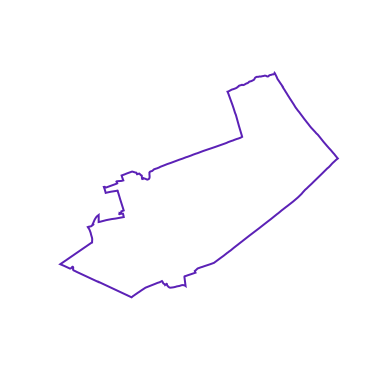 Valcele, Olt, Romania (Equal Earth projection), rotated 340°
{"feature_id": "2599482B83883169755086", "entity_name": "Valcele", "entity_type": "district", "adm_level": 2, "iso_a3": "ROU", "parent_name": "Romania", "parent_adm1": "Olt", "projection": "equal_earth", "projection_center": [24.572, 44.303], "detail": "fine", "context": "isolated", "style": "outline", "palette": "violet", "viewbox_px": 384, "rotation_deg": 340, "n_neighbors": 0, "source": "geoboundaries", "source_scale": "gbopen_adm2", "svg_char_len": 5821}
<svg xmlns="http://www.w3.org/2000/svg" viewBox="0 0 384 384"><g transform="rotate(340 192 192)"><path d="M269.5,240.1L275.1,238.3L276.8,237.8L280.5,236.6L283.6,235.6L289.5,233.4L291.1,232.7L294.4,231.2L295.9,230.3L297.8,229.3L299.1,228.6L301.0,227.9L303.4,226.8L307.2,225.2L310.0,223.9L310.9,223.5L319.6,219.6L322.0,218.5L323.7,217.7L325.9,216.7L326.9,216.2L328.9,215.5L330.2,214.9L331.9,214.0L333.4,213.2L334.5,212.7L336.7,211.8L338.0,211.2L340.5,210.4L340.1,209.4L339.1,206.5L338.6,204.9L338.2,204.0L337.9,203.2L337.6,202.4L337.0,200.7L336.6,199.7L335.5,197.1L335.1,196.0L334.8,195.3L332.7,189.7L330.6,183.4L329.8,181.1L329.2,180.0L329.0,179.6L328.8,179.2L328.3,177.8L327.7,176.4L326.4,173.3L326.0,172.4L325.4,170.7L325.1,169.8L324.5,167.8L324.0,166.4L322.3,161.2L322.0,160.1L320.4,154.8L320.1,153.7L319.4,151.8L319.0,150.5L318.5,148.7L318.4,148.6L318.1,147.3L317.6,144.7L317.0,142.1L316.6,140.3L315.9,137.4L315.5,135.3L315.3,134.7L315.0,133.1L314.7,131.6L314.5,130.7L314.3,129.9L313.9,127.8L313.3,125.4L313.1,124.1L313.3,124.1L313.0,122.8L312.1,119.4L311.9,118.5L311.6,117.3L311.2,115.8L311.0,115.0L310.9,112.7L310.6,110.2L310.5,108.9L310.3,108.4L310.0,108.8L309.7,109.1L309.1,109.3L308.9,109.3L308.7,109.3L308.2,109.1L307.9,109.0L306.4,109.0L305.4,108.8L305.2,108.8L304.3,108.9L303.8,109.1L303.6,109.3L303.4,109.4L302.9,109.4L302.3,109.2L301.9,108.9L301.7,108.6L301.4,108.3L301.2,108.1L300.9,107.9L300.0,107.5L299.1,107.5L298.1,107.3L296.9,107.1L296.6,107.1L296.2,107.1L295.4,106.7L294.7,106.5L294.0,106.5L293.6,106.4L292.7,106.1L292.0,105.9L291.4,106.0L290.9,106.1L290.5,106.2L289.9,106.6L289.3,107.2L288.9,107.5L288.3,107.8L288.0,107.8L286.5,108.0L285.7,108.1L285.0,108.0L284.4,108.0L283.8,107.9L283.5,107.9L283.1,108.1L282.5,108.4L282.1,108.5L281.5,108.7L281.1,108.7L280.6,108.6L279.7,108.7L278.2,109.0L277.1,109.1L276.6,109.0L276.3,108.9L276.1,108.7L275.8,108.4L275.5,108.3L275.2,108.4L272.9,108.2L272.2,108.3L271.8,108.7L271.7,108.8L271.1,108.8L270.7,108.9L270.1,109.2L269.8,109.3L269.4,109.4L268.0,109.5L267.0,109.5L265.9,109.5L265.0,109.4L264.4,109.4L264.1,109.4L263.1,109.6L262.2,109.7L260.5,110.0L259.7,109.9L259.8,111.9L259.8,117.2L259.8,120.6L259.8,124.4L259.7,128.1L259.6,130.4L259.5,132.2L259.6,134.6L258.7,146.0L258.1,156.1L258.0,157.3L257.5,157.4L256.7,157.5L255.9,157.6L253.8,157.6L252.2,157.5L249.6,157.5L247.9,157.6L246.7,157.5L242.9,157.5L242.3,157.6L240.6,157.7L229.2,157.6L224.4,157.5L221.1,157.4L216.5,157.3L210.5,157.4L208.4,157.3L205.6,157.3L203.9,157.4L201.6,157.4L199.7,157.4L198.3,157.3L194.5,157.4L191.2,157.3L182.2,157.4L178.3,157.3L175.5,157.4L170.6,157.5L170.4,157.6L169.7,157.7L167.3,157.8L165.4,157.7L164.3,157.7L164.0,157.7L162.9,158.2L162.6,158.3L161.8,158.6L161.2,158.6L160.6,158.5L159.5,158.6L159.0,158.9L158.7,159.1L158.5,159.4L158.4,159.9L158.2,160.5L157.9,161.2L157.8,161.8L157.5,162.8L157.3,163.3L156.9,164.2L156.5,164.5L155.9,165.0L155.7,165.1L154.3,165.1L154.1,165.0L153.8,164.7L152.4,163.4L151.7,162.9L151.2,162.4L150.9,162.6L150.7,162.5L150.4,162.7L150.3,162.8L150.2,162.7L150.0,162.8L149.9,162.8L149.7,162.8L149.6,162.5L150.3,159.6L150.4,159.4L150.3,159.2L150.2,159.1L149.7,158.7L149.5,158.3L149.5,158.1L149.1,157.3L148.9,156.9L148.7,156.6L147.2,156.6L146.9,156.6L146.7,156.6L146.4,156.5L146.4,156.1L146.4,155.2L146.3,154.9L146.2,154.9L142.9,152.4L142.6,152.3L141.6,152.3L136.9,152.3L134.9,152.4L131.5,152.4L131.4,155.0L131.4,157.6L129.9,157.5L129.3,157.4L128.2,157.1L126.5,156.6L124.9,156.2L124.6,156.3L124.7,158.1L124.7,158.3L124.2,158.4L114.3,158.4L113.1,158.4L112.6,158.3L112.4,158.2L112.2,158.1L111.9,157.4L111.5,157.2L110.9,157.1L110.9,159.1L110.8,161.0L110.6,163.3L112.4,163.5L115.9,164.0L121.5,165.1L121.9,165.1L122.3,165.1L122.5,165.2L122.6,165.3L122.5,165.7L122.5,166.0L122.4,166.8L122.4,168.1L122.3,169.6L122.0,174.6L121.9,177.0L121.7,181.9L121.5,186.0L119.3,186.0L119.0,186.0L118.7,186.6L118.5,186.9L118.2,187.1L117.6,187.1L116.8,187.1L116.7,187.0L116.5,187.4L116.1,187.8L116.2,188.0L117.7,188.1L118.7,188.4L119.7,188.8L119.6,190.2L119.5,190.9L119.3,192.2L111.0,190.8L107.4,190.0L104.3,189.5L101.8,189.1L95.2,188.5L94.0,188.3L94.3,187.5L94.6,186.7L95.3,184.9L96.0,182.9L96.2,182.2L96.4,181.7L94.8,182.2L93.9,182.6L93.1,183.1L92.2,183.8L91.3,184.5L90.6,185.2L89.0,186.9L88.9,187.1L88.5,187.4L87.7,188.2L88.0,188.4L88.2,188.7L88.2,188.8L86.6,189.4L86.0,189.5L85.5,189.7L85.4,189.7L84.7,189.6L83.0,189.3L82.1,189.3L82.2,189.8L82.5,190.8L82.7,191.7L82.8,193.1L82.8,193.9L82.8,195.1L82.8,195.9L82.6,197.2L82.4,200.5L82.3,201.3L82.1,202.2L80.9,205.0L80.8,205.3L80.5,205.3L80.3,205.3L79.4,205.5L43.5,214.8L46.7,217.8L50.8,221.9L51.1,222.2L51.3,222.3L51.7,222.3L52.1,222.3L53.1,221.9L53.9,221.4L54.3,221.4L54.4,221.5L54.5,221.7L54.5,222.0L54.5,222.5L53.9,223.7L53.8,224.1L53.7,224.4L53.8,224.9L54.0,225.2L55.7,226.9L55.9,227.2L62.9,234.2L73.3,244.6L73.4,244.4L99.2,270.3L100.8,269.7L106.9,268.1L108.3,267.8L110.5,267.2L115.6,266.0L126.5,265.7L128.5,265.6L130.1,265.7L131.0,265.7L131.8,265.6L133.3,265.4L133.6,266.2L133.7,267.4L133.7,267.8L133.8,268.1L134.7,269.3L134.9,269.5L134.9,270.2L136.2,269.8L136.7,269.6L136.9,269.8L136.9,270.3L136.7,270.8L136.8,271.4L137.1,272.1L137.2,272.5L137.7,273.5L138.2,274.0L138.5,274.3L139.3,274.6L141.4,275.1L142.5,275.3L143.3,275.4L144.3,275.5L145.3,275.5L148.2,276.0L149.9,276.0L150.7,276.1L151.5,276.3L152.6,276.9L153.1,277.3L153.6,277.8L153.8,278.1L155.6,270.2L155.8,269.3L156.0,268.9L156.2,268.7L157.6,268.8L158.8,268.8L159.8,268.8L162.6,268.9L167.7,269.0L167.6,267.2L169.3,266.6L171.1,265.8L174.8,265.8L175.9,265.9L177.7,265.9L184.4,266.1L188.0,266.1L188.4,266.1L196.5,263.7L199.7,262.8L204.5,261.2L205.4,261.0L206.8,260.5L208.1,260.2L212.3,258.7L231.1,252.6L242.4,249.1L247.6,247.4L253.8,245.4L256.7,244.5L264.6,241.8L265.7,241.5L267.1,241.0L268.5,240.5L269.5,240.1Z" fill="none" stroke="#5b21b6" stroke-width="2"/></g></svg>